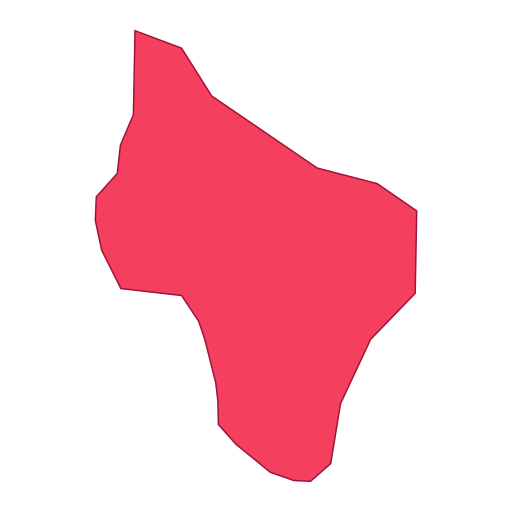 an SVG outline of Sveta Ana
{"feature_id": "SVN-200", "entity_name": "Sveta Ana", "entity_type": "Municipality", "adm_level": 1, "iso_a3": "SVN", "parent_name": "Slovenia", "parent_adm1": "", "projection": "orthographic", "projection_center": [15.832, 46.654], "detail": "fine", "context": "isolated", "style": "filled", "palette": "rose", "viewbox_px": 512, "rotation_deg": 0, "n_neighbors": 0, "source": "natural_earth", "source_scale": "10m", "svg_char_len": 463}
<svg xmlns="http://www.w3.org/2000/svg" viewBox="0 0 512 512"><path d="M120.9,288.6L101.7,250.3L95.3,220.3L96.3,196.8L117.3,173.4L120.4,145.2L133.4,114.7L135.0,30.7L181.6,48.2L211.7,96.0L317.1,168.0L377.3,183.7L416.7,210.9L415.2,293.3L370.6,339.4L340.5,403.7L330.7,463.6L310.5,481.3L293.7,480.5L270.3,472.3L236.0,444.3L218.4,424.5L217.9,401.2L215.8,383.0L204.9,339.7L198.7,321.3L181.6,295.5L120.9,288.6Z" fill="#f43f5e" stroke="#9f1239" stroke-width="1.5"/></svg>